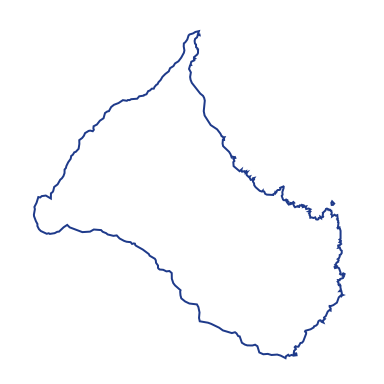 Santo Antonio Das Pombas, Paul, Cabo Verde (Mercator projection), rotated 3°
{"feature_id": "66160863B53098387752451", "entity_name": "Santo Antonio Das Pombas", "entity_type": "district", "adm_level": 2, "iso_a3": "CPV", "parent_name": "Cabo Verde", "parent_adm1": "Paul", "projection": "mercator", "projection_center": [-24.994, 17.119], "detail": "fine", "context": "isolated", "style": "outline", "palette": "blue", "viewbox_px": 384, "rotation_deg": 3, "n_neighbors": 0, "source": "geoboundaries", "source_scale": "gbopen_adm2", "svg_char_len": 6040}
<svg xmlns="http://www.w3.org/2000/svg" viewBox="0 0 384 384"><g transform="rotate(3 192 192)"><path d="M35.4,215.2L36.0,217.3L35.3,222.9L35.5,224.4L37.7,229.4L39.3,232.0L39.4,234.1L41.1,237.1L43.1,238.9L49.1,241.3L51.1,240.7L52.2,241.3L57.0,240.3L59.5,238.8L61.3,238.5L65.7,233.9L69.1,231.4L71.7,233.7L84.6,237.8L92.3,236.9L95.9,234.6L103.2,234.8L104.9,236.4L108.4,237.6L110.0,238.8L115.8,239.9L119.1,239.3L122.1,242.2L126.8,244.4L129.3,245.1L133.3,245.3L134.9,247.0L136.5,246.4L137.7,246.6L138.1,247.9L138.9,248.6L145.8,252.0L152.1,256.2L153.0,257.8L158.4,260.6L159.4,262.1L159.8,264.6L161.9,267.2L162.0,269.5L162.7,270.4L163.8,271.1L167.3,271.2L170.6,272.6L173.6,272.1L176.0,274.0L176.4,279.7L178.1,284.0L180.0,286.2L185.7,290.7L185.4,292.1L185.9,295.8L186.9,298.8L190.9,301.7L195.2,303.5L202.8,304.0L204.4,306.6L205.8,311.9L205.6,317.4L206.5,320.7L214.9,321.7L218.1,322.7L226.2,326.1L230.1,328.6L239.2,330.8L242.3,329.8L243.8,330.8L245.7,333.5L247.2,333.7L249.7,339.9L252.7,341.6L255.3,342.3L260.4,342.1L263.0,341.2L265.4,342.6L267.6,348.7L271.7,350.3L276.2,349.7L279.9,350.6L285.6,349.9L289.0,350.7L294.1,353.0L294.4,351.2L296.6,349.5L297.7,350.6L300.0,349.5L301.9,350.1L304.7,349.6L304.3,349.0L304.8,348.5L304.5,347.7L302.0,348.2L302.3,345.2L304.0,343.4L302.7,341.6L303.5,340.6L304.7,341.0L306.4,340.9L308.2,337.1L309.7,336.8L310.9,335.3L313.4,327.6L313.3,326.3L312.2,325.5L312.5,324.6L317.6,322.9L320.6,320.9L320.8,319.9L323.0,318.8L324.2,317.5L325.0,314.5L326.0,313.6L327.1,313.4L328.1,314.8L330.0,315.5L329.2,313.9L331.3,311.8L330.7,311.5L330.4,310.5L332.1,308.9L333.8,304.3L335.6,302.6L336.6,303.1L336.6,301.0L335.4,299.4L335.4,298.6L336.7,298.6L339.0,297.6L342.5,294.9L344.1,289.5L345.5,288.1L346.5,288.5L347.1,287.5L348.2,287.0L347.2,286.7L346.5,287.0L347.0,285.5L346.3,283.1L344.5,283.3L345.8,281.5L345.2,279.6L345.2,277.8L344.8,277.1L344.3,277.7L343.5,277.4L343.0,276.3L343.3,275.4L342.1,273.8L343.1,272.9L342.7,272.3L344.1,272.3L344.5,271.1L347.2,270.1L348.0,268.5L347.1,268.0L348.5,266.8L348.7,265.9L347.3,265.3L346.3,266.4L344.8,266.6L344.1,266.1L344.6,264.7L342.8,260.4L341.4,259.7L338.8,260.5L338.3,259.4L340.3,258.2L338.8,257.2L339.9,255.9L340.0,255.1L341.5,254.1L341.3,253.7L342.0,252.7L341.7,251.5L341.2,251.3L342.2,250.4L342.9,248.7L342.8,247.2L343.9,246.6L344.7,245.1L344.6,242.8L343.4,242.0L342.5,239.7L341.1,240.0L341.5,239.3L340.7,238.2L340.8,237.7L342.5,237.2L343.6,236.1L343.0,235.6L343.2,234.4L342.1,234.3L343.1,232.8L341.8,231.8L342.8,230.9L342.4,223.0L341.5,220.5L339.5,220.7L339.2,220.2L340.2,219.4L339.6,219.3L339.9,215.0L339.4,214.6L339.6,213.3L338.7,212.2L339.0,211.5L338.4,211.2L338.8,210.7L338.3,207.5L336.9,208.1L335.5,207.2L333.2,209.0L333.3,207.9L332.2,207.0L332.7,205.6L332.1,203.5L331.6,203.6L331.0,202.7L330.2,202.9L330.1,202.4L328.8,202.5L328.7,201.9L327.6,201.5L326.7,201.9L326.2,203.5L323.7,206.0L324.0,206.7L323.7,208.5L324.3,209.7L324.0,210.2L322.9,210.7L321.6,210.0L322.0,211.3L321.1,210.8L319.9,211.3L319.6,212.6L318.5,213.0L317.4,212.8L316.4,210.9L314.6,211.6L312.7,211.1L311.5,211.5L311.0,209.0L310.5,208.7L310.6,207.5L310.1,207.2L311.1,205.5L309.5,205.3L310.6,204.6L310.5,203.6L311.1,203.1L309.4,202.4L306.9,203.0L306.3,201.3L306.7,200.4L304.1,201.1L304.7,199.9L304.4,199.6L303.3,200.9L302.4,199.9L303.0,199.3L302.4,199.1L302.0,199.9L300.7,199.6L300.4,199.9L301.0,200.5L300.2,200.1L299.8,201.3L298.4,201.1L299.1,200.2L295.7,201.8L295.0,201.2L293.7,198.7L293.6,198.1L294.6,197.5L293.8,196.7L292.8,197.5L292.9,198.0L291.3,197.8L291.8,198.6L291.3,198.9L289.4,199.4L289.2,198.6L288.5,198.7L287.5,197.4L288.1,197.4L288.8,195.7L288.1,196.4L287.3,195.7L287.5,195.1L286.4,194.6L285.8,195.3L284.2,195.4L283.3,194.8L281.8,191.2L282.6,190.0L282.2,187.4L283.3,183.1L282.9,182.3L283.8,181.3L279.8,183.2L280.2,184.3L279.5,185.3L277.4,185.6L276.6,186.5L276.2,188.0L275.6,188.0L275.3,188.7L275.0,188.2L274.7,189.1L273.2,190.1L273.2,190.7L266.8,190.7L265.2,190.0L264.1,187.8L262.5,187.5L262.5,187.1L261.8,187.9L259.6,187.3L255.3,183.9L253.8,182.0L253.5,180.1L252.4,178.5L252.2,177.3L253.3,176.3L253.0,175.4L253.4,174.7L252.1,175.1L251.6,176.5L250.0,176.8L248.6,174.4L249.0,173.5L247.8,174.0L245.8,172.3L245.1,170.4L246.4,169.7L245.8,169.7L246.0,169.4L244.6,170.1L244.9,168.4L243.5,169.1L243.1,168.5L241.0,169.1L240.7,168.4L239.9,168.3L240.2,167.0L238.4,168.7L232.2,164.0L231.7,160.0L232.7,158.8L231.6,156.6L233.3,155.8L232.9,155.4L233.8,154.6L232.3,155.0L230.4,154.5L229.7,155.2L228.6,152.4L226.9,149.9L220.7,144.6L220.0,142.1L220.1,138.2L221.3,138.3L221.1,136.7L221.6,135.6L220.2,135.8L219.5,134.9L218.7,134.8L217.3,132.2L213.8,128.1L207.2,124.2L200.6,115.0L199.5,110.7L200.0,100.1L199.2,97.4L198.0,95.4L195.1,93.3L186.1,83.0L184.7,80.0L184.1,77.2L184.6,72.6L182.6,69.3L183.4,65.8L184.5,65.3L183.9,64.6L184.5,61.9L187.4,60.4L187.0,59.3L188.1,58.6L187.0,57.9L186.9,57.3L190.1,54.3L190.7,52.9L190.6,49.3L190.0,49.2L189.9,48.3L188.5,47.2L188.3,44.5L187.2,43.6L186.7,41.0L187.1,38.9L188.9,37.3L189.7,34.6L191.4,35.0L191.2,34.2L189.7,33.9L190.5,31.0L187.0,32.0L184.7,33.6L181.3,34.8L180.4,35.8L179.3,40.0L177.4,42.9L176.1,44.0L176.1,47.0L177.0,51.0L176.6,53.4L174.2,58.4L171.6,62.2L168.3,64.5L166.9,67.2L163.6,69.5L162.5,72.7L159.2,75.5L156.5,78.5L154.8,81.8L152.8,84.1L151.9,86.2L150.8,86.8L149.1,89.0L148.4,90.8L146.5,90.9L144.4,93.0L143.0,93.5L141.4,96.8L138.9,97.8L138.7,98.3L134.3,99.2L132.4,101.7L126.4,102.5L124.9,103.5L123.2,103.5L122.2,104.3L118.2,103.9L114.0,107.0L109.5,109.0L106.8,111.4L104.8,115.6L103.2,116.0L101.0,117.7L99.8,123.0L96.3,125.6L93.5,129.6L90.3,131.5L90.2,133.6L90.7,135.0L89.7,136.5L87.1,136.0L85.6,136.4L82.1,138.8L81.1,141.5L79.5,143.8L76.7,146.1L77.0,149.9L76.5,154.8L73.8,158.0L72.4,158.5L71.0,161.1L69.5,162.3L69.1,165.2L66.8,168.8L65.2,172.6L64.8,174.7L63.6,176.2L63.7,179.8L62.8,182.8L61.3,185.2L59.8,186.6L57.4,191.4L54.1,194.2L53.4,198.1L52.7,199.5L51.2,200.7L51.4,205.9L46.2,203.2L42.1,204.0L40.7,205.4L38.8,205.1L37.3,211.0L35.4,215.2ZM334.6,196.1L332.4,194.0L331.7,195.5L332.2,197.6L333.5,197.5L334.6,196.1Z" fill="none" stroke="#1e3a8a" stroke-width="2"/></g></svg>